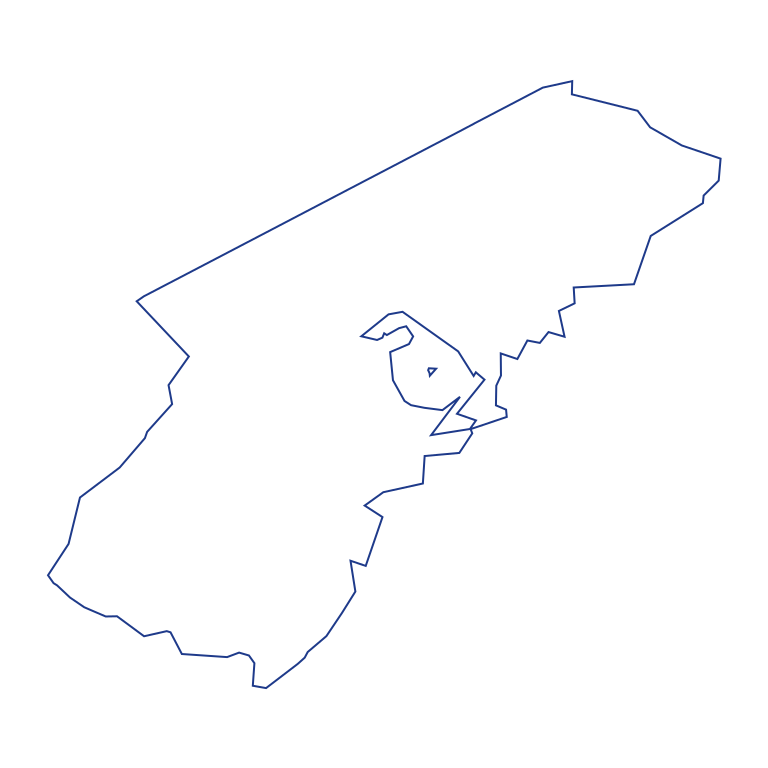 the district of Prince William, Virginia, United States of America, rotated 91°
{"feature_id": "52423323B11755625114877", "entity_name": "Prince William", "entity_type": "district", "adm_level": 2, "iso_a3": "USA", "parent_name": "United States of America", "parent_adm1": "Virginia", "projection": "robinson", "projection_center": [-77.449, 38.722], "detail": "fine", "context": "isolated", "style": "outline", "palette": "blue", "viewbox_px": 768, "rotation_deg": 91, "n_neighbors": 0, "source": "geoboundaries", "source_scale": "gbopen_adm2", "svg_char_len": 1467}
<svg xmlns="http://www.w3.org/2000/svg" viewBox="0 0 768 768"><g transform="rotate(91 384 384)"><path d="M305.6,632.7L359.9,579.6L388.9,599.4L407.8,595.5L436.0,620.0L442.3,622.1L472.1,646.8L502.8,686.0L549.4,696.6L581.1,716.6L588.9,710.9L591.0,707.4L603.0,694.2L612.4,679.9L615.5,672.4L621.3,658.2L620.9,646.9L640.4,619.5L634.9,596.9L636.0,593.1L657.5,581.4L659.8,536.1L655.1,524.2L657.8,514.3L665.4,508.7L688.0,509.9L690.1,496.6L665.3,465.3L659.0,458.5L653.3,455.6L637.1,437.2L613.6,422.0L592.0,409.0L561.3,414.4L566.2,399.1L517.1,383.2L505.9,401.2L492.2,382.8L482.8,343.4L455.3,342.1L451.6,307.5L431.8,294.9L427.6,296.6L414.8,260.7L407.5,261.5L403.4,271.7L383.7,271.7L373.5,267.2L351.4,267.8L356.7,251.1L338.0,241.4L340.2,228.9L329.2,220.4L333.6,204.3L307.9,210.4L300.0,194.8L284.2,196.0L279.9,135.8L231.3,119.9L197.6,68.3L190.0,67.7L174.8,52.9L152.8,51.4L140.3,90.4L122.7,122.4L106.4,135.2L91.1,201.2L77.9,201.1L84.9,230.4L122.0,298.4L122.2,298.6L134.6,321.2L189.8,422.5L246.1,525.7L300.5,625.6L305.6,632.7ZM395.5,307.8L409.1,325.1L407.1,343.2L404.7,356.6L400.6,363.2L380.1,375.1L352.0,378.4L343.6,359.7L335.9,355.7L325.9,362.8L327.9,369.9L335.0,382.0L333.3,384.7L337.7,386.4L340.1,391.7L336.7,407.5L314.3,380.7L311.5,366.7L350.1,310.4L374.4,294.5L370.7,292.4L377.9,283.6L412.5,310.5L418.8,291.4L427.5,297.3L434.3,336.0L395.5,307.8ZM367.5,339.4L369.4,340.1L372.5,338.6L374.9,338.3L367.8,332.2L367.5,339.4Z" fill="none" stroke="#1e3a8a" stroke-width="2"/></g></svg>